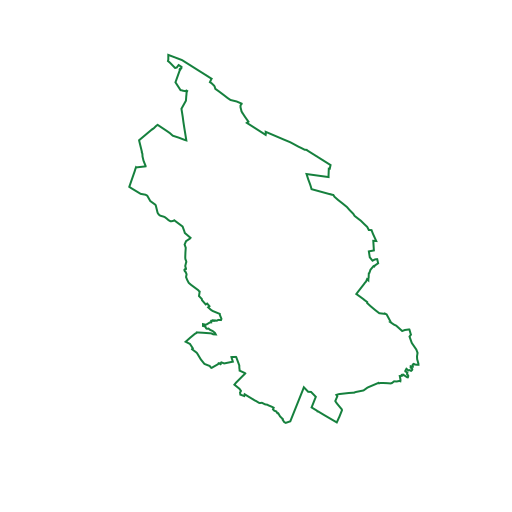 Zemītes pag., Kandavas, Latvia, rotated 219°
{"feature_id": "27541924B24941792791033", "entity_name": "Zemītes pag.", "entity_type": "district", "adm_level": 2, "iso_a3": "LVA", "parent_name": "Latvia", "parent_adm1": "Kandavas", "projection": "equal_earth", "projection_center": [22.809, 56.907], "detail": "fine", "context": "isolated", "style": "outline", "palette": "green", "viewbox_px": 512, "rotation_deg": 219, "n_neighbors": 0, "source": "geoboundaries", "source_scale": "gbopen_adm2", "svg_char_len": 5858}
<svg xmlns="http://www.w3.org/2000/svg" viewBox="0 0 512 512"><g transform="rotate(219 256 256)"><path d="M125.3,149.1L135.2,181.1L136.2,184.1L130.0,183.3L128.1,184.7L127.6,185.0L120.9,184.2L117.5,173.3L111.6,174.1L110.8,174.1L110.4,173.9L109.7,174.4L109.3,174.4L102.8,175.3L88.5,177.5L89.9,182.9L89.9,183.2L90.0,183.4L92.1,190.2L92.8,190.8L99.8,192.2L101.8,192.7L103.1,193.2L104.5,198.1L106.1,198.6L105.7,199.3L104.5,201.0L97.6,208.0L93.6,211.7L93.4,212.3L92.7,213.3L87.9,219.1L87.8,219.3L87.7,219.6L86.6,223.7L86.1,224.8L81.0,234.4L80.8,234.3L80.3,234.4L79.7,235.3L76.9,237.6L73.9,239.8L71.0,241.8L70.8,242.5L70.4,242.8L69.8,245.5L67.7,247.0L65.9,249.2L65.0,249.5L65.4,250.2L66.0,250.9L68.7,253.2L67.7,254.0L67.7,254.6L67.9,255.1L66.9,255.3L67.0,256.4L62.1,256.9L61.6,257.3L61.9,258.1L62.5,258.9L64.4,259.3L64.9,260.6L65.1,260.7L65.7,260.6L67.3,260.3L67.5,260.4L67.6,260.5L67.9,261.9L68.1,263.0L67.3,263.0L66.7,262.9L65.5,263.0L64.8,264.0L64.5,264.1L63.2,264.3L63.0,265.2L63.0,265.9L63.2,266.3L63.9,266.7L65.6,266.6L66.4,267.7L64.8,268.6L64.5,268.7L64.6,268.9L65.8,270.1L65.7,271.3L65.4,271.5L64.3,271.6L62.9,272.5L61.3,273.7L62.2,274.7L63.3,275.4L63.5,275.6L65.8,277.2L67.7,279.3L69.3,282.1L69.5,282.2L69.5,282.4L69.6,282.5L72.6,284.2L78.7,286.0L80.3,286.5L86.0,290.0L86.1,292.4L86.8,292.8L90.2,295.2L90.6,295.4L91.0,295.1L93.8,292.1L94.3,291.2L95.2,289.7L103.2,290.1L105.6,289.5L109.4,289.2L109.3,289.3L117.7,292.8L119.1,292.5L119.0,292.4L124.2,289.1L129.3,289.0L135.6,289.1L140.0,289.4L140.6,290.2L144.7,290.0L144.9,290.1L149.1,289.9L154.1,289.6L154.2,291.9L154.4,302.1L154.5,303.7L154.4,305.4L155.1,307.9L153.4,307.8L154.6,309.4L154.8,310.0L157.4,313.5L157.2,314.1L158.4,317.4L158.3,322.1L157.5,322.2L157.6,323.6L156.5,327.2L159.8,329.8L160.7,329.0L161.5,328.0L162.5,325.7L163.1,325.8L166.8,326.6L167.0,326.8L171.2,330.6L167.9,334.5L174.4,341.6L172.0,343.3L179.2,346.9L182.5,348.8L184.7,347.2L187.9,348.6L191.8,348.9L196.8,349.4L199.5,349.3L204.6,349.2L206.9,350.0L212.2,350.6L216.2,351.3L222.2,351.3L227.6,351.2L232.2,351.4L234.3,352.1L234.6,351.9L236.5,351.1L236.4,351.0L254.9,342.9L257.3,344.6L259.5,346.0L263.9,348.6L268.3,351.5L249.3,363.0L249.9,363.7L254.4,369.7L253.6,370.2L255.3,373.6L283.4,370.2L283.5,370.3L285.1,369.2L288.9,368.4L291.7,367.7L298.2,366.5L301.2,365.9L308.3,363.8L309.4,363.5L326.6,358.6L325.4,357.3L324.8,356.4L324.7,356.2L346.9,353.7L346.4,355.6L352.1,357.2L356.4,358.6L356.7,358.6L356.9,358.8L358.2,359.2L358.4,359.4L361.7,361.9L362.0,362.3L362.7,363.1L362.9,364.1L362.9,365.3L363.0,365.4L368.3,363.9L374.0,361.2L377.5,360.9L382.4,360.8L388.1,360.6L392.8,360.3L394.7,361.6L395.7,362.0L399.2,362.3L401.2,362.1L402.1,365.6L402.1,365.8L436.7,361.7L450.7,357.1L447.8,353.5L447.1,352.1L444.8,352.1L437.2,351.2L436.2,352.6L436.3,355.7L432.9,356.1L432.2,354.9L432.9,353.7L432.8,353.1L432.1,353.1L432.0,352.0L429.7,345.4L427.9,340.3L419.0,337.4L417.6,338.2L416.9,338.4L414.6,339.7L414.2,340.8L413.3,340.9L413.0,339.8L413.0,339.7L412.3,338.6L411.3,337.2L411.1,336.8L408.2,332.6L406.6,323.5L400.6,318.1L396.8,314.5L392.4,310.5L382.9,302.0L384.9,301.2L390.7,299.3L396.4,297.1L400.3,297.3L404.4,297.0L415.0,296.0L415.5,293.9L415.8,291.0L416.2,289.4L416.4,289.4L417.7,282.7L419.7,272.4L419.0,271.8L410.3,265.2L410.2,264.9L408.6,263.9L406.8,261.9L403.3,259.2L402.3,258.7L401.9,258.4L400.4,257.6L398.3,256.4L398.2,256.2L404.8,249.5L405.1,249.5L404.5,247.7L403.6,245.5L398.0,230.0L395.7,230.2L389.9,231.0L384.8,231.7L384.4,231.9L382.2,233.1L380.6,234.0L379.4,234.3L378.7,234.4L378.1,234.3L372.8,232.2L372.4,232.2L366.6,232.5L366.1,232.4L365.4,232.0L360.0,227.9L359.1,227.4L357.2,227.0L356.3,227.0L355.0,227.4L352.7,228.4L351.5,228.8L349.1,228.9L346.7,228.8L345.1,229.0L344.6,229.2L344.3,229.2L343.8,229.6L343.4,230.0L342.5,231.1L342.1,231.8L342.0,232.3L331.9,232.7L331.6,232.7L327.4,230.2L325.8,229.1L318.3,228.9L318.3,228.0L319.7,223.5L318.7,220.0L315.8,218.2L313.2,214.5L310.2,210.5L309.0,209.2L307.1,208.1L306.7,207.8L306.4,207.5L306.2,206.9L304.9,204.1L304.7,203.7L303.8,203.0L302.7,202.3L302.3,201.9L302.2,201.6L303.0,200.8L302.9,200.1L302.0,199.5L301.6,199.3L300.6,199.3L298.6,198.2L298.4,198.0L298.1,197.5L297.7,196.7L297.1,195.6L294.6,194.2L291.4,192.8L288.5,192.7L283.8,192.9L279.3,193.1L277.9,192.8L277.4,192.9L275.1,189.0L271.1,188.5L270.2,187.7L264.6,186.7L264.0,188.3L260.6,187.7L260.9,186.0L257.2,185.8L255.1,186.0L247.7,188.2L246.9,187.4L243.3,185.4L242.9,184.2L245.1,182.6L245.7,181.1L246.1,180.8L246.9,180.4L248.6,179.2L248.0,179.0L250.0,177.4L249.0,176.2L250.0,175.4L250.3,174.6L251.0,172.6L251.6,171.2L251.9,170.9L254.3,169.7L253.2,168.3L252.6,168.7L251.7,168.8L251.2,169.2L250.7,169.2L249.4,168.5L248.8,168.4L248.2,168.7L247.7,169.2L247.3,169.7L245.2,169.7L242.5,170.4L239.6,170.4L239.3,170.3L237.9,169.7L240.0,168.2L242.1,167.7L249.0,162.9L254.0,159.3L253.8,158.7L254.5,157.1L255.7,151.2L256.7,145.1L252.0,146.1L247.0,144.5L247.1,143.6L247.9,143.3L247.7,143.3L241.6,143.5L241.3,143.5L240.4,143.3L233.8,140.9L228.3,139.7L228.1,139.7L223.0,141.3L222.9,141.4L220.6,140.9L220.1,141.1L217.5,147.8L217.4,148.2L217.6,149.1L217.4,149.4L217.1,149.5L215.5,149.5L215.4,149.7L216.0,150.5L216.0,151.2L216.0,151.5L213.1,152.5L207.5,159.3L211.4,161.9L211.5,162.0L208.0,165.0L207.8,165.0L200.4,160.6L200.0,160.3L198.5,158.5L197.7,157.8L196.9,157.0L196.6,156.6L191.1,158.0L190.5,158.0L190.5,157.1L190.8,154.8L191.8,145.0L191.8,143.7L191.8,142.4L185.9,142.4L185.3,142.4L182.8,141.7L182.7,141.5L182.5,139.9L180.9,138.4L177.0,139.8L177.8,141.4L165.9,143.0L164.4,143.4L163.3,143.5L161.2,143.8L160.8,144.0L160.4,144.2L160.0,144.6L159.2,145.5L158.8,145.7L155.6,146.4L153.5,147.6L152.5,147.7L149.5,148.6L147.9,149.0L146.8,149.2L146.3,147.5L144.4,147.3L142.3,148.0L141.3,147.5L140.3,147.3L139.8,147.8L136.4,146.5L132.4,146.1L132.2,145.5L129.9,144.8L129.6,144.7L127.9,145.0L125.3,149.1Z" fill="none" stroke="#15803d" stroke-width="2"/></g></svg>